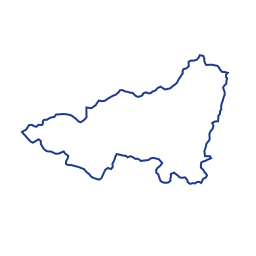 Palma, Minas Gerais, Brazil (Natural Earth projection), rotated 83°
{"feature_id": "56859067B72976331537795", "entity_name": "Palma", "entity_type": "district", "adm_level": 2, "iso_a3": "BRA", "parent_name": "Brazil", "parent_adm1": "Minas Gerais", "projection": "natural_earth1", "projection_center": [-42.328, -21.44], "detail": "fine", "context": "isolated", "style": "outline", "palette": "blue", "viewbox_px": 256, "rotation_deg": 83, "n_neighbors": 0, "source": "geoboundaries", "source_scale": "gbopen_adm2", "svg_char_len": 2979}
<svg xmlns="http://www.w3.org/2000/svg" viewBox="0 0 256 256"><g transform="rotate(83 128 128)"><path d="M106.8,28.0L104.0,27.7L101.6,28.3L99.5,28.7L97.6,27.2L96.3,25.2L93.0,24.5L91.0,23.6L89.3,24.5L86.9,24.1L85.4,22.3L84.2,25.3L83.8,27.8L81.5,29.4L78.8,30.5L77.2,31.6L76.3,34.4L75.4,37.0L75.2,39.3L75.0,42.7L72.7,43.7L70.4,44.1L68.3,43.8L65.6,44.5L64.5,47.9L66.7,49.2L68.6,51.3L69.1,53.9L68.8,57.6L69.7,59.8L71.8,60.0L74.1,60.1L75.9,62.8L76.4,65.9L78.5,67.0L80.5,67.0L82.5,68.9L84.7,70.7L86.6,72.4L89.0,73.8L90.7,76.2L92.0,78.7L93.7,81.1L94.2,84.6L94.1,86.9L92.7,88.5L90.9,90.8L92.0,93.8L94.1,96.2L94.9,99.4L96.2,101.1L96.1,103.4L94.8,105.9L95.4,108.5L97.2,109.7L98.1,111.8L98.3,114.3L97.2,116.3L95.5,117.8L93.7,119.1L93.2,121.7L92.2,123.7L91.3,126.6L89.7,128.9L89.5,131.3L91.8,133.4L93.6,136.4L94.1,138.9L95.2,141.5L96.3,144.1L97.3,145.9L98.2,148.0L98.2,151.0L97.2,153.6L99.2,155.5L101.5,157.4L102.7,159.7L103.9,162.0L103.2,164.6L102.6,166.8L105.5,167.2L107.7,167.3L109.6,167.7L111.9,167.7L113.8,169.4L115.6,172.2L116.5,174.6L115.0,176.8L112.9,178.2L111.6,179.7L109.7,181.5L108.3,183.2L107.5,185.6L106.7,188.0L106.1,191.6L106.1,194.4L105.8,197.7L108.1,199.9L108.1,202.9L109.0,205.5L109.9,207.4L109.7,210.4L111.0,211.8L112.9,211.8L114.5,212.9L114.0,216.5L115.6,218.8L114.8,220.9L113.2,222.9L113.1,225.9L115.0,227.5L117.3,229.4L118.1,231.7L119.0,233.7L121.3,232.3L122.8,231.1L124.6,229.9L126.3,228.8L128.0,227.4L129.6,226.3L131.0,224.2L129.7,221.2L128.3,218.1L130.2,216.2L133.4,216.4L136.3,215.1L138.7,214.0L140.9,211.8L141.6,209.8L141.9,207.6L143.0,205.6L144.7,203.1L145.0,199.9L143.4,194.7L145.4,193.7L146.9,192.3L148.5,190.7L151.0,191.7L153.7,193.6L156.0,194.0L157.5,191.9L157.9,188.8L159.5,184.8L160.8,181.6L162.1,179.2L163.5,176.6L166.5,174.7L168.9,172.3L172.0,170.3L173.6,167.9L174.7,165.5L175.7,162.9L174.5,160.4L169.0,157.1L166.7,155.6L165.2,152.9L166.7,149.7L164.7,147.9L161.6,147.8L159.0,146.0L156.8,144.8L155.0,144.1L152.5,142.3L153.7,138.9L154.8,136.2L155.3,133.5L157.0,132.1L156.3,129.0L157.8,126.4L159.5,124.6L159.7,122.3L160.8,120.5L162.4,119.1L162.2,116.9L162.3,111.7L160.9,109.1L160.8,106.4L161.6,104.2L162.8,101.2L166.9,98.3L169.2,100.4L171.6,104.1L173.6,105.3L176.0,105.3L177.4,103.7L183.9,102.4L185.6,101.1L186.8,98.5L187.1,95.0L185.6,92.3L183.6,92.3L181.3,91.2L179.0,91.2L177.9,87.7L181.1,84.5L183.3,82.7L184.0,80.5L184.0,77.3L186.9,75.5L189.0,75.3L191.0,73.3L190.6,70.2L191.2,68.1L190.0,66.0L190.2,63.7L191.5,62.1L187.7,59.6L186.4,56.5L184.6,55.4L182.7,56.1L181.1,57.5L179.3,58.0L177.8,59.2L176.2,60.4L173.6,60.2L171.2,59.5L170.4,57.5L170.1,55.4L169.3,53.4L168.1,49.2L166.1,49.9L165.7,52.8L165.2,55.0L163.1,55.0L160.2,55.0L157.8,53.8L155.5,52.8L153.4,52.2L151.8,50.8L150.4,49.1L148.6,48.2L146.3,48.1L144.1,48.0L141.5,46.7L138.9,44.0L136.3,42.9L133.3,43.8L132.2,41.3L132.3,37.8L129.5,37.2L127.0,36.9L125.2,35.0L122.7,34.7L120.9,33.2L118.1,33.0L115.8,32.3L113.9,31.4L111.7,30.3L109.1,29.3L106.8,28.0Z" fill="none" stroke="#1e3a8a" stroke-width="2"/></g></svg>